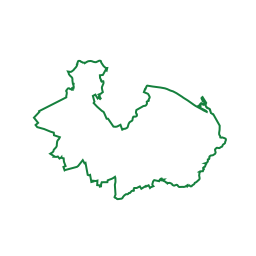 the district of Cotorra, Córdoba, Colombia, rotated 58°
{"feature_id": "7082276B37197913893650", "entity_name": "Cotorra", "entity_type": "district", "adm_level": 2, "iso_a3": "COL", "parent_name": "Colombia", "parent_adm1": "Córdoba", "projection": "orthographic", "projection_center": [-75.768, 9.058], "detail": "fine", "context": "isolated", "style": "outline", "palette": "green", "viewbox_px": 256, "rotation_deg": 58, "n_neighbors": 0, "source": "geoboundaries", "source_scale": "gbopen_adm2", "svg_char_len": 5779}
<svg xmlns="http://www.w3.org/2000/svg" viewBox="0 0 256 256"><g transform="rotate(58 128 128)"><path d="M189.7,51.1L188.8,50.9L187.7,51.6L185.9,53.1L185.7,53.9L185.6,54.1L184.9,54.7L184.5,54.4L183.3,54.1L182.8,54.2L181.6,54.0L180.3,53.2L178.1,51.3L174.6,49.0L161.5,48.4L161.2,48.9L159.7,49.4L159.3,49.7L158.4,49.5L157.5,49.1L157.0,49.1L156.8,49.2L156.6,48.9L155.6,48.6L155.2,48.7L154.9,49.0L154.5,49.0L154.2,49.2L153.4,49.7L153.4,49.9L152.7,50.2L152.4,50.2L152.4,50.4L151.6,50.5L150.3,50.3L149.8,50.1L148.6,49.1L148.2,48.4L141.3,48.4L141.4,49.0L141.3,49.4L141.7,49.9L142.2,50.0L142.1,49.6L142.4,49.6L142.6,49.0L142.9,48.8L143.2,48.9L143.3,49.3L143.9,49.9L144.4,50.3L144.9,50.5L145.0,50.1L145.8,49.3L146.5,49.3L146.8,49.5L146.8,49.8L147.4,50.1L147.4,50.5L147.5,50.5L147.6,50.2L148.6,51.0L148.4,51.6L148.2,51.8L147.3,52.3L145.9,52.6L145.7,53.0L145.8,53.4L146.2,54.2L146.1,54.6L146.3,55.0L146.6,55.2L146.9,55.0L146.9,54.7L147.1,54.5L147.6,54.7L147.9,54.9L147.7,55.2L147.4,55.2L147.4,55.4L148.0,56.1L148.0,56.7L147.6,56.7L147.3,56.2L146.8,56.1L146.5,56.8L146.6,57.0L147.0,57.4L154.6,52.8L155.9,52.5L156.1,52.7L152.9,54.7L151.8,55.2L145.3,58.9L143.6,59.7L136.2,62.8L131.7,65.0L130.4,65.5L124.2,68.4L120.8,70.4L118.7,72.2L115.7,74.2L113.9,75.7L110.9,79.0L105.8,85.2L102.9,88.5L102.3,89.2L102.3,89.7L102.6,90.4L103.2,91.1L104.3,92.7L104.0,92.9L106.0,95.5L109.4,93.1L110.0,92.9L111.8,93.0L113.3,93.2L114.1,94.1L114.9,95.6L115.7,95.8L116.0,96.3L115.6,97.0L115.6,98.1L116.3,98.5L117.1,98.8L117.9,99.7L118.3,100.8L118.2,101.9L117.8,102.6L117.5,103.6L117.5,104.8L117.2,111.3L117.4,111.6L118.8,112.9L119.8,113.3L120.9,113.2L121.1,113.5L121.7,113.5L122.2,113.9L122.5,114.5L122.5,114.8L122.1,116.2L121.5,116.7L121.3,117.5L122.2,118.8L123.7,120.1L123.9,120.6L124.0,121.1L123.9,122.8L124.1,124.0L125.0,125.5L126.9,127.6L127.3,128.3L127.3,129.4L127.2,130.5L127.0,131.2L126.7,131.5L126.2,132.8L126.5,133.4L126.4,133.8L121.3,132.7L121.0,136.2L120.8,137.0L120.2,138.2L119.1,139.6L109.6,140.0L108.8,141.2L102.8,140.3L101.4,140.2L99.6,141.1L93.6,142.9L88.6,143.9L87.9,142.5L82.2,140.8L82.4,138.0L86.8,138.1L86.5,137.0L88.6,136.3L88.4,135.5L85.9,135.6L85.8,135.0L84.1,135.2L84.5,133.0L84.2,130.3L82.4,129.8L80.1,128.9L79.4,128.3L77.2,125.2L76.2,124.5L75.3,124.2L74.7,125.8L73.8,125.8L73.8,125.4L70.8,125.2L68.4,123.9L69.7,121.2L66.9,116.2L68.0,115.7L66.1,113.8L65.5,114.8L65.0,115.1L64.3,115.4L62.5,115.9L59.0,116.0L58.2,116.0L57.1,115.6L56.7,115.6L56.2,116.0L55.7,116.8L55.2,120.3L54.6,121.2L53.5,122.3L52.4,123.1L51.4,124.1L50.6,125.7L50.3,126.4L50.1,128.0L50.1,130.2L49.7,130.1L48.6,131.7L47.5,132.2L47.2,132.6L45.9,133.0L45.3,133.7L45.0,134.2L44.9,134.8L45.0,135.1L45.4,135.5L45.6,135.9L46.5,136.9L46.8,137.4L47.1,137.2L48.3,138.7L48.9,140.0L49.5,142.2L50.0,143.5L50.2,145.6L50.2,146.3L49.9,147.1L48.3,149.0L50.1,149.2L51.0,149.6L53.1,149.4L54.7,148.9L56.1,148.8L57.3,149.3L58.3,150.0L61.3,151.3L61.7,150.7L63.3,151.9L64.4,152.2L64.4,152.5L65.3,153.1L65.2,153.2L65.4,153.3L65.5,153.7L65.4,153.7L64.8,153.5L64.6,154.2L66.2,154.6L65.8,155.4L64.9,155.6L64.4,156.4L63.3,156.8L62.8,157.3L62.7,157.0L62.7,158.3L63.2,159.4L63.5,160.5L64.0,160.9L65.1,160.9L66.5,161.8L68.2,163.4L69.3,164.1L66.6,194.5L67.4,194.7L69.4,202.3L76.0,201.5L76.5,204.8L79.2,204.5L84.4,199.7L90.1,195.6L92.6,193.4L94.9,194.6L99.7,190.7L100.6,192.1L101.2,194.1L101.8,195.1L104.0,196.9L105.3,197.8L105.9,198.5L106.3,199.4L107.1,202.4L107.5,202.9L108.3,203.7L108.4,204.1L108.6,204.8L108.6,207.6L112.9,205.5L113.1,206.1L114.6,204.0L115.0,202.6L117.6,202.3L117.6,200.2L117.5,199.9L118.1,200.2L119.1,199.1L119.6,199.1L119.8,198.7L122.0,199.9L123.1,200.3L127.2,201.1L126.8,203.4L130.3,204.2L130.3,203.7L133.9,191.9L133.8,190.4L131.3,183.4L134.9,183.6L135.0,182.5L146.4,187.0L147.4,186.2L147.6,185.7L147.7,185.0L154.4,187.7L155.0,185.8L154.2,185.6L155.9,183.4L156.4,181.8L160.1,184.4L161.7,182.3L162.8,182.9L163.2,181.8L161.3,180.5L160.1,179.0L163.0,174.2L161.6,172.9L162.5,168.5L162.6,167.0L162.5,164.9L163.7,165.2L167.1,167.2L169.3,169.3L177.9,173.9L179.5,176.1L180.0,176.0L180.5,175.8L181.4,175.1L182.4,174.9L182.9,174.4L184.5,170.9L184.5,170.6L184.5,170.0L183.7,168.4L183.2,166.7L183.1,164.8L183.7,163.8L183.9,163.6L184.0,162.6L183.6,161.9L183.7,161.4L184.1,160.9L184.0,160.3L183.4,158.4L183.6,157.4L184.2,156.6L184.3,156.4L184.1,156.1L182.9,155.6L182.5,154.8L182.2,154.5L183.5,152.4L183.8,148.9L186.6,148.9L186.6,143.7L187.2,143.8L187.5,140.9L190.5,141.1L190.3,140.3L190.8,137.3L189.7,137.5L188.6,137.2L186.6,135.0L186.1,133.4L189.6,129.8L188.7,128.5L188.5,127.5L188.7,127.1L188.5,126.8L188.6,126.4L188.7,126.2L189.1,126.2L189.9,127.6L191.1,126.2L190.7,125.6L190.6,125.2L190.8,124.8L191.0,125.9L191.4,125.9L192.0,125.7L193.4,124.7L193.8,124.6L194.1,124.7L194.7,124.4L195.0,124.1L195.9,124.0L195.7,123.2L196.1,122.9L196.6,121.7L198.4,120.5L200.0,120.4L201.3,119.5L201.9,116.9L202.5,116.4L204.3,116.2L204.9,116.0L205.3,115.6L207.0,112.6L207.5,112.0L208.0,110.7L208.0,108.6L208.2,108.8L209.0,108.8L208.8,107.9L208.9,106.7L209.2,106.3L209.9,106.2L210.7,105.8L211.1,104.9L210.7,103.9L210.7,102.0L210.5,101.3L209.9,100.4L210.1,98.8L209.4,94.9L209.1,94.3L208.4,93.8L205.7,92.7L205.3,92.2L204.3,91.5L203.6,90.7L203.5,90.2L203.0,90.7L203.0,89.8L204.3,87.4L203.4,86.5L203.3,85.6L203.0,85.4L202.6,85.3L202.1,85.6L201.7,85.5L201.4,84.6L201.6,83.3L200.9,82.3L200.2,81.5L199.9,80.7L199.2,80.9L198.8,81.3L199.1,80.1L198.9,78.5L198.5,77.9L197.0,77.0L197.0,76.7L197.3,76.3L197.3,75.7L197.0,75.5L196.6,74.8L196.3,74.8L195.5,74.2L195.3,73.8L195.2,72.4L195.9,70.9L196.1,70.3L196.0,67.8L195.4,66.9L195.1,66.6L193.4,66.1L192.3,65.5L191.8,63.4L192.0,62.9L193.1,61.7L193.5,61.1L193.4,59.6L193.6,58.0L193.3,57.5L192.9,57.1L192.5,56.3L192.4,55.9L192.4,54.6L192.1,53.6L191.2,52.9L190.4,51.7L189.7,51.1Z" fill="none" stroke="#15803d" stroke-width="2"/></g></svg>